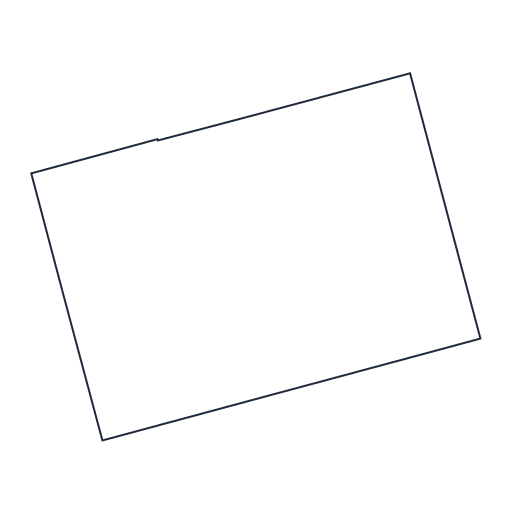 Lancaster, Nebraska, United States of America (Robinson projection), rotated 75°
{"feature_id": "52423323B49872749946321", "entity_name": "Lancaster", "entity_type": "district", "adm_level": 2, "iso_a3": "USA", "parent_name": "United States of America", "parent_adm1": "Nebraska", "projection": "robinson", "projection_center": [-96.715, 40.785], "detail": "fine", "context": "isolated", "style": "outline", "palette": "slate", "viewbox_px": 512, "rotation_deg": 75, "n_neighbors": 0, "source": "geoboundaries", "source_scale": "gbopen_adm2", "svg_char_len": 328}
<svg xmlns="http://www.w3.org/2000/svg" viewBox="0 0 512 512"><g transform="rotate(75 256 256)"><path d="M117.6,321.0L118.0,451.7L244.5,452.1L394.4,452.1L394.1,278.2L394.1,256.5L393.9,82.4L393.8,60.6L309.6,60.4L120.9,59.9L119.4,59.9L119.4,234.0L119.0,320.9L117.6,321.0Z" fill="none" stroke="#1e293b" stroke-width="2"/></g></svg>